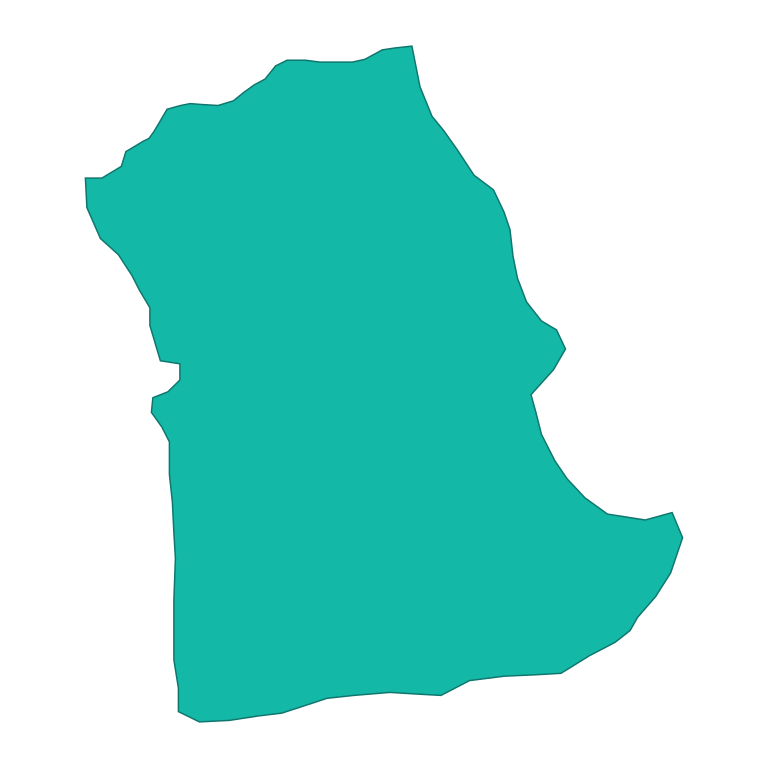 Agios Theodoros Ammochostou, Cyprus
{"feature_id": "46923920B90190427209928", "entity_name": "Agios Theodoros Ammochostou", "entity_type": "district", "adm_level": 2, "iso_a3": "CYP", "parent_name": "Cyprus", "parent_adm1": "", "projection": "robinson", "projection_center": [34.038, 35.355], "detail": "fine", "context": "isolated", "style": "filled", "palette": "teal", "viewbox_px": 768, "rotation_deg": 0, "n_neighbors": 0, "source": "geoboundaries", "source_scale": "gbopen_adm2", "svg_char_len": 1279}
<svg xmlns="http://www.w3.org/2000/svg" viewBox="0 0 768 768"><path d="M85.4,178.1L86.9,207.6L100.4,238.5L118.4,254.7L131.9,275.4L139.4,290.1L149.9,307.8L149.9,325.5L160.4,360.8L179.9,363.8L179.9,380.0L167.9,391.8L152.9,397.7L151.4,412.4L161.9,427.1L169.4,441.9L169.4,474.3L172.4,502.3L173.9,533.2L175.4,558.3L173.9,599.6L173.9,630.5L173.9,660.0L178.4,688.0L178.4,711.6L199.4,721.9L229.4,720.4L257.9,716.0L281.9,713.1L304.5,705.7L327.0,698.3L354.0,695.4L390.0,692.4L414.0,693.9L441.0,695.4L469.5,680.6L504.0,676.2L537.0,674.7L561.0,673.3L589.6,655.6L615.1,642.3L630.1,630.5L637.6,617.3L655.6,596.6L670.6,573.0L682.6,537.7L672.1,512.6L645.1,520.0L607.5,514.1L585.0,497.9L567.0,478.7L555.0,461.0L541.5,434.5L535.5,410.9L531.0,394.7L553.5,369.7L565.5,349.0L556.5,329.9L541.5,321.0L526.5,301.9L517.5,278.3L513.0,256.2L510.0,229.7L504.0,212.0L493.5,189.9L474.0,175.2L457.5,150.1L444.0,131.0L432.0,116.3L420.0,86.8L411.9,46.1L394.7,48.0L382.2,49.9L364.9,59.3L352.4,62.1L335.1,62.1L319.8,62.1L305.4,60.2L287.1,60.2L275.6,65.9L265.0,79.1L254.5,84.7L243.9,92.3L233.4,100.8L218.0,105.5L201.7,104.5L190.2,103.6L180.6,105.5L167.1,109.2L159.4,122.4L153.7,131.9L148.9,138.5L143.1,141.3L125.9,151.6L121.4,166.3L101.9,178.1L85.4,178.1Z" fill="#14b8a6" stroke="#0f766e" stroke-width="1.5"/></svg>